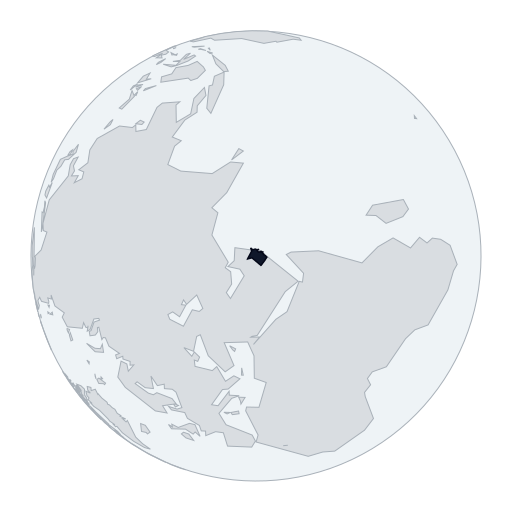 the Earth from above Dhofar, rotated 239°
{"feature_id": "OMN-2411", "entity_name": "Dhofar", "entity_type": "Province", "adm_level": 1, "iso_a3": "OMN", "parent_name": "Oman", "parent_adm1": "", "projection": "orthographic", "projection_center": [54.841, 18.87], "detail": "fine", "context": "on_globe", "style": "filled", "palette": "ink", "viewbox_px": 512, "rotation_deg": 239, "n_neighbors": 0, "source": "natural_earth", "source_scale": "10m", "svg_char_len": 11365}
<svg xmlns="http://www.w3.org/2000/svg" viewBox="0 0 512 512"><g transform="rotate(239 256 256)"><circle cx="256" cy="256" r="225" fill="#eef3f6" stroke="#a8b0b8"/><path d="M318.9,39.7L319.2,39.8L315.4,38.7L318.9,39.7ZM310.5,37.4L311.2,37.8L293.5,34.1L280.6,32.1L310.5,37.4ZM214.3,34.6L214.6,34.6L219.2,33.8L221.1,33.6L219.4,34.0L213.7,34.9L211.2,35.3L209.1,35.7L209.2,35.8L202.5,37.2L206.6,36.5L199.1,38.3L195.4,39.1L199.1,38.0L214.3,34.6ZM177.0,45.0L174.6,45.9L166.1,49.5L159.8,52.3L155.9,54.2L158.9,53.1L144.4,60.5L129.9,69.8L126.5,72.0L125.4,72.4L141.8,61.8L159.0,52.7L177.0,45.0ZM328.2,42.6L328.3,42.6L328.0,42.5L328.2,42.6ZM327.5,42.4L329.4,43.5L333.9,45.1L322.1,42.0L324.4,41.6L320.6,40.2L324.9,41.6L327.5,42.4ZM221.3,33.4L216.4,34.2L222.0,33.3L221.3,33.4ZM242.9,31.1L248.9,30.8L244.8,31.2L238.6,31.6L235.3,31.7L236.3,31.9L224.5,32.9L227.3,32.6L242.9,31.1ZM315.3,40.4L314.2,40.5L313.3,39.8L315.3,40.4ZM222.2,33.5L224.6,33.0L230.4,32.5L226.6,33.3L226.0,33.2L222.2,33.5ZM254.2,30.7L256.9,30.7L254.7,30.9L255.7,31.1L245.3,31.2L252.7,30.7L254.2,30.7ZM223.8,33.5L224.6,33.8L220.4,34.6L220.3,33.9L223.8,33.5ZM233.4,32.1L235.9,31.9L233.3,32.2L233.4,32.1ZM205.9,38.2L208.6,37.2L211.8,36.8L205.9,38.2ZM225.2,33.9L226.6,33.7L228.2,33.5L227.8,33.9L225.2,33.9ZM244.4,31.5L242.7,31.8L248.6,31.5L247.1,31.9L240.3,32.1L242.6,32.2L242.2,32.4L237.2,32.4L244.4,31.5ZM232.2,33.9L223.1,34.9L217.4,36.5L214.3,36.8L224.1,34.2L232.2,33.9ZM235.6,33.0L232.8,33.6L230.4,33.5L230.9,33.0L235.6,33.0ZM248.5,32.4L252.5,31.5L253.8,31.6L248.5,32.4ZM231.0,34.3L233.2,34.1L230.8,34.5L231.0,34.3ZM243.6,32.9L244.9,32.5L246.4,32.5L243.6,32.9ZM236.6,34.3L233.7,34.4L233.9,34.0L236.6,34.3ZM240.2,33.6L241.9,33.8L235.7,33.8L240.5,33.4L240.2,33.6ZM244.8,33.0L246.1,32.9L244.1,33.2L244.8,33.0ZM237.5,36.0L229.6,36.1L230.0,35.0L237.7,35.0L237.5,36.0ZM50.8,259.3L48.2,223.0L53.6,212.3L57.4,197.6L96.5,160.3L101.5,165.6L128.6,167.4L131.4,170.1L124.8,180.6L142.3,199.6L152.1,191.6L171.5,202.9L186.6,204.6L198.1,184.1L173.4,180.7L172.6,169.9L195.1,163.7L217.2,167.7L217.6,163.7L206.5,153.4L214.6,147.0L203.1,149.3L205.5,153.7L198.4,155.6L195.7,151.8L198.6,149.5L192.8,146.9L180.3,159.5L181.4,165.4L164.3,165.3L164.7,175.3L159.0,179.0L156.3,163.6L158.8,158.5L151.4,141.3L147.2,146.4L153.9,163.3L150.5,161.4L144.9,169.6L146.5,161.9L140.2,143.2L126.8,143.4L104.5,160.5L97.7,160.2L94.4,153.9L107.7,133.7L121.3,137.0L126.2,130.9L127.9,120.4L131.9,122.6L134.3,119.0L139.9,120.2L152.2,113.6L158.5,114.3L167.6,104.3L172.1,103.6L165.4,109.5L164.2,114.4L180.5,117.3L184.9,115.6L189.5,109.2L193.4,111.3L195.7,104.7L207.2,104.1L195.2,99.8L200.2,93.2L209.4,89.3L208.9,86.7L193.9,93.1L189.9,96.6L189.9,100.6L177.0,110.6L170.5,111.4L175.8,98.8L167.2,98.9L175.1,89.9L210.7,76.3L223.4,75.2L235.4,86.2L230.0,89.7L223.0,87.2L225.6,95.2L227.3,91.8L230.5,93.8L236.2,88.9L238.7,90.2L239.7,83.7L243.5,84.7L242.8,88.8L254.4,83.5L263.4,84.8L264.8,83.1L263.7,80.8L275.9,84.6L276.3,83.2L272.6,81.4L271.0,77.6L273.1,72.6L277.2,74.2L277.0,76.2L282.8,83.2L281.6,88.8L283.5,89.1L285.5,84.6L278.5,75.9L278.5,72.6L282.7,76.2L281.2,74.6L282.5,73.4L287.7,73.9L283.5,69.9L292.5,57.8L303.4,58.4L306.0,62.4L316.7,57.9L328.1,60.3L324.5,58.4L327.3,55.9L323.7,55.0L322.2,53.9L327.6,48.8L332.0,49.3L330.3,46.3L328.5,45.5L325.2,44.8L322.1,42.0L333.9,45.1L337.4,46.6L342.4,48.1L349.7,51.7L358.0,55.9L363.1,59.9L369.3,63.4L370.5,63.7L379.8,69.2L394.7,80.8L377.2,70.0L353.8,55.5L362.9,60.9L359.2,59.6L361.4,61.6L367.9,65.9L369.7,66.4L371.8,74.9L384.2,89.1L387.3,86.8L393.7,90.2L410.6,107.7L421.3,136.3L430.0,143.8L433.4,149.7L432.4,154.5L427.4,146.0L422.4,144.2L419.7,139.0L416.4,145.0L412.4,138.0L411.8,146.7L416.8,151.7L421.2,148.5L422.5,159.9L432.5,168.2L438.5,180.4L437.7,206.0L429.8,216.2L430.3,220.5L424.6,217.2L420.9,227.1L434.4,247.7L435.3,254.5L427.4,270.1L426.6,265.2L411.6,256.5L411.5,273.2L423.0,283.9L427.0,298.6L419.4,295.8L415.0,283.0L409.6,279.5L409.2,265.1L401.1,245.5L393.3,251.3L392.1,242.8L379.8,227.5L367.5,235.3L349.2,260.9L349.7,282.6L342.1,293.0L325.4,263.6L320.1,243.0L312.7,245.6L296.7,229.0L265.0,229.0L261.8,223.6L255.6,226.2L244.5,220.7L239.9,211.7L232.7,212.2L245.1,235.7L253.0,235.4L261.4,226.5L263.2,234.9L274.0,242.2L257.6,262.5L212.7,279.1L210.4,262.7L187.3,216.1L189.2,211.2L189.2,210.6L189.1,209.6L184.7,217.4L181.5,208.3L191.5,240.4L192.3,253.9L212.0,280.0L209.7,282.4L216.7,287.9L241.7,282.7L241.3,288.1L228.2,312.4L195.5,343.3L201.1,365.2L200.9,382.8L183.3,392.6L187.8,405.8L179.1,409.3L180.5,416.4L175.2,422.9L165.2,427.9L145.2,424.1L141.6,417.7L128.1,403.0L108.3,368.0L110.9,354.1L108.1,341.6L93.9,310.7L96.8,296.0L93.6,288.4L86.6,287.9L83.2,278.8L79.2,277.2L56.2,273.0L50.8,259.3ZM79.4,181.6L77.4,185.8L79.4,181.6ZM238.4,183.4L253.1,185.1L250.3,171.6L255.7,171.3L252.7,167.0L250.0,170.6L243.3,159.2L251.0,155.8L251.2,150.3L246.2,149.5L233.2,157.6L242.7,173.7L237.7,178.8L238.4,183.4ZM120.4,76.1L125.2,72.9L120.9,75.8L114.6,80.9L108.9,85.6L112.9,82.2L111.5,83.2L114.0,81.1L120.4,76.1ZM141.9,100.4L142.3,103.1L138.0,106.7L130.0,107.6L136.1,102.3L141.9,100.4ZM143.9,106.4L151.4,94.6L156.7,94.2L152.5,96.3L155.2,97.2L149.1,101.0L146.8,112.8L142.9,116.8L130.2,115.2L136.5,113.2L135.7,110.4L143.9,106.4ZM161.3,71.0L164.6,67.5L171.8,70.8L167.9,73.9L159.6,74.5L159.4,71.3L161.3,71.0ZM189.9,41.1L190.7,40.7L192.2,40.3L192.8,40.4L189.9,41.1ZM206.9,37.8L188.0,43.1L187.9,42.7L176.9,47.1L172.5,48.0L179.8,44.9L168.2,49.3L173.0,47.0L165.1,50.2L181.8,43.4L185.7,42.0L183.1,43.1L187.0,42.2L189.8,41.4L200.8,38.4L211.1,35.5L216.6,34.8L217.8,35.0L216.2,35.6L213.1,35.8L213.1,36.4L207.4,37.2L206.9,37.8ZM228.4,46.8L225.5,45.4L224.6,49.6L218.9,49.2L219.2,49.7L213.6,50.7L207.4,53.0L205.3,52.5L203.8,53.7L200.1,54.6L197.3,56.1L192.6,56.0L188.8,58.0L188.7,56.9L183.4,60.4L185.3,57.8L180.7,59.2L181.3,61.0L162.7,59.6L153.5,62.1L144.8,66.0L149.2,61.8L160.0,55.8L173.3,50.4L181.6,49.0L182.0,47.7L186.1,46.8L184.0,48.2L189.7,45.6L192.5,45.3L204.3,42.4L210.7,39.5L215.2,38.6L214.1,39.6L219.3,38.1L220.3,39.7L223.5,39.2L227.7,40.6L223.8,43.4L227.7,42.7L231.1,44.1L228.4,46.8ZM238.4,36.4L235.0,39.1L230.2,40.4L224.9,37.5L221.8,37.7L218.2,36.6L225.3,34.9L225.6,35.3L227.6,35.3L224.6,35.8L228.5,35.5L229.2,36.2L232.4,36.2L230.4,37.0L238.4,36.4ZM136.8,166.8L139.4,167.9L143.9,168.4L140.4,173.8L136.8,166.8ZM132.2,154.0L134.8,153.9L132.1,161.2L129.5,160.3L132.2,154.0ZM138.6,148.0L135.2,153.3L135.5,149.9L138.6,148.0ZM168.1,109.2L171.2,109.0L170.6,110.6L167.8,112.6L168.1,109.2ZM224.5,61.6L223.7,60.0L225.1,59.5L227.7,55.6L232.1,56.0L232.3,58.4L224.5,61.6ZM192.6,187.2L186.9,190.7L185.2,188.5L187.5,187.7L192.6,187.2ZM161.4,182.2L167.5,186.1L160.4,183.7L161.4,182.2ZM229.8,61.3L230.3,59.6L232.2,60.9L229.8,61.3ZM235.5,56.1L238.1,57.2L233.0,55.6L235.5,56.1ZM292.3,462.7L294.8,464.0L291.0,464.4L292.3,462.7ZM239.5,382.1L228.5,411.4L217.7,410.9L214.1,402.2L217.0,384.3L228.9,379.7L234.3,371.4L239.5,382.1ZM455.9,322.7L458.6,322.2L458.3,323.2L455.9,322.7ZM453.2,320.9L456.6,319.5L452.3,323.4L453.2,320.9ZM457.9,319.0L461.4,315.3L462.9,313.0L462.4,315.1L457.9,319.0ZM450.7,322.1L435.3,327.8L428.7,327.4L430.7,323.3L441.4,320.6L450.7,322.1ZM430.1,323.4L419.4,316.5L401.5,290.8L408.0,289.9L426.0,303.4L425.0,306.8L431.5,312.9L430.1,323.4ZM454.3,296.0L453.1,305.8L445.1,308.3L441.2,308.2L438.5,297.2L440.0,290.5L443.4,289.5L454.0,263.9L458.2,267.3L455.5,277.6L458.7,284.4L454.3,296.0ZM350.9,284.5L356.9,296.6L352.5,299.2L350.9,284.5ZM456.5,247.4L453.4,258.4L455.6,244.5L456.5,247.4ZM456.7,234.9L457.8,239.4L455.3,235.8L456.7,234.9ZM431.9,226.8L428.4,229.1L427.5,225.9L431.3,221.1L431.9,226.8ZM443.0,191.0L446.2,200.4L446.7,203.8L443.6,198.8L443.0,191.0ZM268.4,65.8L259.9,70.4L256.7,74.9L259.5,78.8L251.9,75.7L256.8,68.8L268.4,65.8ZM289.1,58.4L286.6,55.6L290.0,56.0L291.1,56.7L289.1,58.4ZM285.9,57.3L278.4,55.7L278.5,53.7L284.4,55.3L285.9,57.3ZM253.9,57.4L251.1,58.6L249.6,57.4L253.9,57.4ZM442.7,382.0L442.8,381.9L420.6,405.4L417.7,405.8L422.7,399.5L428.5,384.0L429.8,383.7L434.2,372.3L449.8,355.7L462.3,331.6L466.0,329.5L471.8,312.6L474.1,310.2L470.7,322.6L470.3,325.4L464.9,340.3L458.5,354.7L451.1,368.6L442.7,382.0ZM462.4,320.0L466.8,310.6L468.5,308.8L462.4,320.0ZM478.1,293.9L477.1,296.3L478.1,290.9L478.7,284.8L475.9,286.2L475.4,282.7L476.9,278.3L474.2,277.5L477.2,272.6L477.9,280.4L479.3,271.7L480.5,270.5L480.8,270.7L478.1,293.9ZM476.1,292.3L476.5,291.8L475.8,294.9L476.1,292.3ZM470.1,289.9L469.8,292.5L468.9,291.3L470.1,289.9ZM471.5,287.5L474.1,287.9L471.1,289.8L471.5,287.5ZM460.7,285.5L461.9,290.8L465.6,285.0L462.7,291.9L464.7,300.2L463.6,304.3L461.8,295.2L460.2,306.5L458.5,307.2L458.1,298.4L460.1,286.2L461.8,280.7L468.2,275.2L460.7,285.5ZM471.7,280.3L470.9,274.1L471.4,269.1L472.3,272.1L471.7,280.3ZM467.4,259.4L464.0,253.1L461.9,257.5L465.4,243.7L468.2,252.0L467.4,259.4ZM463.1,243.5L461.2,247.5L462.6,239.8L463.1,243.5ZM460.2,245.2L459.0,239.9L461.0,239.6L460.2,245.2ZM464.3,243.1L463.1,233.6L465.0,238.5L464.3,243.1ZM455.7,228.2L461.6,234.9L455.5,234.0L451.0,216.6L453.3,215.0L455.7,228.2ZM441.5,153.4L438.6,149.1L439.5,147.0L441.3,150.5L441.5,153.4ZM439.6,138.1L438.8,145.1L437.6,151.6L439.9,153.0L443.2,161.4L437.5,155.2L435.4,145.0L437.0,141.6L433.4,135.0L432.2,129.5L426.5,122.2L424.7,118.4L430.4,124.2L439.6,138.1ZM423.9,119.2L413.6,106.4L417.0,106.5L420.0,109.3L423.4,114.9L421.4,114.5L423.9,119.2ZM412.1,103.5L410.0,103.1L390.4,87.5L387.2,84.4L403.9,95.3L402.8,95.8L407.0,99.9L412.1,103.5ZM316.6,41.2L314.4,40.5L316.5,40.9L316.6,41.2ZM320.2,53.6L318.6,52.2L321.1,52.4L320.2,53.6ZM315.3,48.8L313.6,49.5L313.7,48.1L315.3,48.8ZM310.2,51.5L312.2,49.5L312.8,52.4L310.2,51.5Z" fill="#d9dde1" stroke="#a8b0b8" stroke-width="1"/><path d="M245.4,255.5L245.4,255.4L245.8,255.3L246.4,255.1L247.1,254.8L247.7,254.6L248.3,254.4L249.0,254.2L249.6,254.0L250.2,253.8L250.9,253.5L251.5,253.3L252.1,253.1L252.8,252.9L253.4,252.7L254.1,252.4L254.7,252.2L255.3,252.0L256.0,251.8L256.5,251.6L256.6,251.2L256.7,250.9L256.8,250.6L257.0,250.1L257.1,249.6L257.3,249.0L257.5,248.4L257.7,247.7L257.8,247.2L257.9,247.3L262.4,254.8L265.7,255.6L264.8,255.8L264.3,255.9L263.7,256.2L263.5,256.4L263.3,256.4L263.2,256.5L262.8,257.0L262.7,257.2L262.7,257.4L262.7,257.5L262.6,257.8L262.6,258.0L262.4,258.6L262.4,258.8L262.1,259.0L261.9,259.3L261.7,259.5L261.0,259.6L260.9,259.6L260.5,259.6L260.4,259.6L260.1,259.7L260.0,259.8L259.0,259.8L258.7,259.9L258.5,260.0L258.4,260.0L258.2,260.1L258.2,260.3L258.0,260.6L257.9,260.7L257.6,261.0L257.4,261.3L257.5,261.4L257.5,261.5L257.7,261.9L257.7,262.0L257.5,262.3L257.5,262.5L257.4,262.5L257.3,262.8L257.2,262.8L257.1,263.0L256.9,263.2L256.7,263.3L256.6,263.2L256.6,263.3L256.4,263.4L256.2,263.4L256.2,263.5L255.9,263.5L255.7,263.5L255.5,263.4L255.5,263.5L255.4,263.4L255.2,263.2L254.9,263.2L254.7,263.2L254.6,263.3L254.4,263.2L254.2,263.3L254.2,263.2L253.5,263.3L253.2,263.3L252.9,263.4L252.9,263.5L252.7,263.7L252.3,263.8L252.2,263.8L251.9,263.9L251.7,264.0L251.4,264.3L250.7,264.3L250.3,264.4L249.7,264.6L249.4,264.7L249.2,264.2L248.9,263.7L248.7,263.1L248.5,262.6L248.3,262.3L248.3,262.2L248.2,262.2L248.0,261.8L247.8,261.5L247.6,261.1L247.5,260.7L247.3,260.3L247.2,259.9L247.0,259.6L246.9,259.2L246.7,258.8L246.6,258.4L246.4,258.0L246.3,257.6L246.1,257.3L245.9,256.9L245.8,256.5L245.6,256.1L245.5,255.7L245.4,255.5ZM260.6,261.1L260.6,261.3L260.3,261.4L260.2,261.4L260.3,261.2L260.5,261.2L260.6,261.1ZM259.7,261.4L259.8,261.3L259.7,261.4L259.7,261.4Z" fill="#0f172a" stroke="#020617" stroke-width="1.5"/></g></svg>